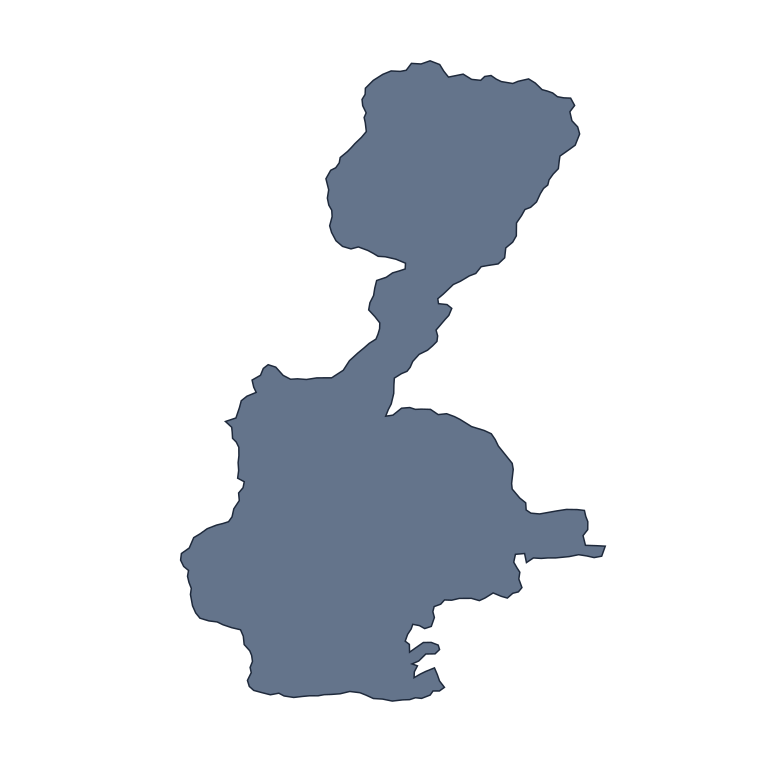 outline of Moiporá, Goiás, Brazil, rotated 84°
{"feature_id": "56859067B10398357530750", "entity_name": "Moiporá", "entity_type": "district", "adm_level": 2, "iso_a3": "BRA", "parent_name": "Brazil", "parent_adm1": "Goiás", "projection": "natural_earth1", "projection_center": [-50.773, -16.509], "detail": "fine", "context": "isolated", "style": "filled", "palette": "slate", "viewbox_px": 768, "rotation_deg": 84, "n_neighbors": 0, "source": "geoboundaries", "source_scale": "gbopen_adm2", "svg_char_len": 4057}
<svg xmlns="http://www.w3.org/2000/svg" viewBox="0 0 768 768"><g transform="rotate(84 384 384)"><path d="M700.6,379.5L698.2,370.6L694.4,367.3L695.1,361.0L692.0,355.6L685.2,359.8L678.4,361.4L671.6,363.5L674.2,372.5L676.3,378.3L679.2,384.8L673.4,383.9L667.8,380.2L665.3,385.4L663.1,378.4L656.9,370.6L657.7,361.4L653.9,356.5L649.3,357.4L645.9,364.1L645.2,371.9L649.6,379.9L653.4,386.6L645.6,386.0L642.0,389.8L635.5,386.7L630.5,382.6L626.0,380.5L628.0,374.0L631.5,369.1L630.0,362.3L621.5,358.3L615.5,359.2L610.6,357.4L608.9,350.6L605.1,346.4L606.1,339.3L605.1,331.5L606.3,319.5L609.4,311.8L607.4,305.9L603.2,297.3L607.4,289.6L609.8,283.7L605.6,277.8L604.8,272.1L600.9,268.1L592.0,270.3L585.4,268.6L580.9,270.9L574.8,273.6L567.1,271.1L567.3,261.9L576.5,261.0L572.6,253.6L573.9,245.9L574.1,239.2L574.9,231.4L575.0,217.8L574.1,208.3L576.2,200.3L578.6,193.2L578.0,185.5L568.4,180.9L567.0,189.7L565.5,200.5L555.6,201.9L550.1,196.6L542.2,195.7L536.7,197.2L530.7,197.9L529.1,204.9L527.8,215.7L528.3,225.9L529.5,242.8L527.8,251.4L524.1,255.8L517.0,255.5L511.6,260.9L501.9,267.5L496.3,267.5L482.4,264.4L476.3,264.8L457.6,276.8L450.9,279.2L444.7,282.5L440.7,289.2L435.5,301.4L430.5,307.8L427.1,312.2L423.8,317.3L420.1,324.8L420.1,333.3L414.1,340.4L412.9,349.6L412.5,355.5L410.1,360.8L409.9,369.1L415.9,378.4L416.2,385.7L409.9,382.4L404.6,378.9L394.4,375.3L386.3,374.3L379.2,373.1L375.5,365.5L373.8,359.8L370.1,356.2L364.6,353.1L358.2,346.0L354.9,337.1L351.2,331.8L347.2,326.9L341.8,325.6L335.8,326.6L330.5,321.0L326.1,316.4L322.6,312.4L315.9,308.7L311.6,313.0L309.8,321.4L304.8,321.6L300.9,315.8L296.9,310.6L292.3,304.7L289.8,297.3L285.4,287.8L283.6,281.1L277.5,275.1L277.0,268.4L276.5,257.9L271.1,250.8L261.4,248.7L256.4,241.2L250.5,236.9L245.3,236.3L237.7,235.4L230.9,229.6L225.2,225.6L223.6,219.7L218.9,213.3L211.0,208.6L206.2,204.9L203.2,200.3L198.2,198.5L192.9,193.8L188.1,188.1L180.8,186.5L175.7,185.2L171.2,177.1L166.5,168.9L155.8,163.3L148.6,164.5L141.8,169.6L132.7,170.7L126.9,165.3L119.2,168.5L118.2,175.3L116.4,181.5L112.2,185.8L109.8,190.8L107.8,196.0L100.5,202.1L95.7,208.3L97.0,219.1L98.6,224.5L95.5,235.7L92.6,240.4L88.4,245.3L88.7,251.7L92.1,256.1L90.2,265.0L84.1,272.9L84.8,280.1L85.5,287.8L79.2,291.8L72.1,295.2L67.4,304.4L69.6,313.7L68.0,323.2L74.3,329.1L74.8,335.2L73.4,344.2L75.9,352.8L80.9,362.9L87.9,371.6L94.0,372.5L98.7,376.1L105.0,376.1L112.5,373.4L116.9,375.9L122.2,375.3L131.1,375.2L136.3,380.6L141.8,387.7L145.3,391.6L148.9,395.9L154.2,403.9L159.4,405.4L163.9,409.4L165.9,414.7L173.8,420.3L185.1,418.7L193.2,420.9L200.3,420.2L205.8,417.8L212.1,418.1L221.0,421.5L227.8,420.3L236.5,416.8L242.8,410.9L246.2,402.7L245.0,395.2L249.5,386.1L252.9,381.1L256.4,376.5L257.6,369.4L261.1,359.2L266.1,350.0L271.8,350.9L273.1,356.8L274.4,363.9L278.1,370.6L280.3,380.5L287.8,383.2L294.9,385.1L301.7,389.5L308.7,391.5L315.9,386.1L322.8,381.8L328.6,382.6L333.9,384.8L338.5,387.3L342.0,394.4L345.9,399.9L350.4,406.7L357.2,415.9L366.1,423.1L372.4,435.5L371.6,443.0L370.9,450.4L371.4,460.6L369.8,469.5L369.5,476.4L364.9,483.4L355.9,489.9L352.7,497.2L355.9,502.4L362.4,505.9L366.3,514.8L373.5,513.9L379.0,512.0L381.8,521.6L385.7,527.7L392.3,530.2L402.3,534.8L404.7,545.6L411.1,540.0L416.1,540.0L422.2,540.3L426.3,537.0L431.8,535.0L440.2,535.8L447.0,537.3L454.9,537.6L462.4,539.4L466.6,533.2L472.4,535.0L477.2,540.0L484.8,540.1L492.4,546.4L500.2,549.0L504.7,553.0L505.9,558.8L506.8,565.3L509.4,574.9L513.8,582.6L516.9,589.3L526.7,594.8L531.4,603.2L537.9,604.7L544.5,602.3L549.0,597.9L554.7,599.5L560.9,598.7L567.1,597.0L573.1,598.5L584.6,597.6L592.0,595.2L597.7,591.5L601.3,582.9L603.2,574.8L606.6,569.3L610.4,561.0L613.4,552.4L620.1,550.3L628.5,550.3L635.3,545.4L640.1,544.0L646.2,543.8L651.9,546.8L657.2,546.2L664.5,550.8L670.7,549.6L675.1,545.6L678.1,537.9L681.2,529.5L680.5,520.9L683.8,516.0L686.3,506.5L686.2,497.8L686.3,490.4L687.2,482.1L686.7,476.0L687.2,469.3L687.5,460.0L686.2,450.2L688.5,440.2L691.5,434.5L695.7,427.4L697.2,418.4L700.2,408.9L700.1,398.3L700.6,391.5L699.3,385.5L700.6,379.5Z" fill="#64748b" stroke="#1e293b" stroke-width="1.5"/></g></svg>